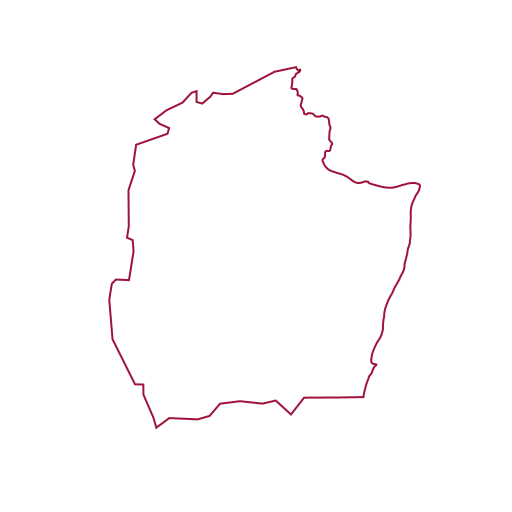 Gavar, Gegharkunik, Armenia (Mercator projection), rotated 16°
{"feature_id": "60910142B38789049969589", "entity_name": "Gavar", "entity_type": "district", "adm_level": 2, "iso_a3": "ARM", "parent_name": "Armenia", "parent_adm1": "Gegharkunik", "projection": "mercator", "projection_center": [45.138, 40.338], "detail": "fine", "context": "isolated", "style": "outline", "palette": "rose", "viewbox_px": 512, "rotation_deg": 16, "n_neighbors": 0, "source": "geoboundaries", "source_scale": "gbopen_adm2", "svg_char_len": 6020}
<svg xmlns="http://www.w3.org/2000/svg" viewBox="0 0 512 512"><g transform="rotate(16 256 256)"><path d="M115.3,228.0L125.5,262.4L127.0,274.0L133.1,274.7L137.0,285.2L139.8,307.9L140.5,314.2L127.9,317.2L125.1,322.2L125.2,322.5L125.2,323.6L126.6,335.1L127.1,338.7L141.0,375.5L175.1,412.7L183.1,410.6L186.0,420.3L202.0,439.7L207.5,448.5L217.3,435.7L245.0,429.1L255.5,422.5L262.1,407.9L280.6,400.0L303.0,396.1L314.8,389.5L333.3,398.7L341.3,378.9L372.9,369.7L398.2,362.0L397.8,359.3L397.5,355.0L397.5,353.7L397.5,352.0L397.4,350.2L397.4,348.8L397.5,346.9L397.7,344.8L397.9,343.0L397.9,341.5L397.9,340.8L398.1,340.1L398.3,339.5L398.9,338.4L399.2,337.4L399.4,336.4L399.7,332.9L399.9,331.8L400.1,330.8L400.3,329.9L400.6,329.3L401.0,328.8L401.2,328.5L401.5,328.1L401.7,327.6L401.7,327.3L401.5,327.1L401.1,327.0L400.2,327.1L398.6,327.3L398.0,327.2L397.3,327.1L396.8,326.8L396.4,326.5L396.0,325.8L395.7,325.2L395.2,323.0L394.9,320.6L394.7,318.7L394.7,316.8L394.9,314.3L395.3,310.5L395.5,309.6L395.7,308.5L395.9,307.4L396.3,305.2L396.5,304.7L397.0,303.4L397.2,302.6L397.7,300.9L397.9,299.8L398.2,297.8L398.3,296.9L398.3,295.2L398.3,293.0L398.2,291.2L398.0,290.2L397.7,289.3L397.1,287.7L396.9,287.0L396.8,286.3L396.7,284.9L396.6,284.4L396.3,283.4L396.2,282.7L396.0,281.4L396.0,279.7L395.9,279.1L395.3,276.6L395.1,275.6L395.0,274.6L394.8,273.5L394.8,272.5L394.7,271.3L394.8,268.9L395.2,263.5L395.3,262.5L395.5,261.4L395.9,259.5L396.4,257.1L396.9,255.4L397.1,254.2L397.4,252.8L397.5,251.5L397.7,250.1L397.7,249.6L398.2,247.2L398.8,244.9L399.8,240.8L400.2,239.1L400.3,238.0L400.4,237.1L400.5,236.4L400.8,234.7L401.1,233.6L401.4,232.3L401.7,230.9L401.8,229.7L401.9,228.4L401.8,226.2L401.7,225.4L401.5,224.7L401.2,223.6L401.0,222.6L400.9,221.4L401.0,219.3L400.9,216.7L400.7,213.2L400.7,211.8L400.3,209.5L400.2,208.5L400.1,207.4L400.1,206.2L400.2,205.4L400.3,202.3L400.3,201.1L399.9,199.3L399.8,198.8L399.6,198.1L399.5,197.3L399.5,196.4L399.1,194.8L399.0,194.1L398.8,193.2L398.6,192.5L397.9,190.1L397.1,188.0L396.7,186.6L396.3,185.4L396.0,184.3L395.4,181.2L394.9,179.4L394.7,178.4L394.5,177.6L394.0,175.5L393.3,173.4L392.9,172.2L392.6,171.1L392.4,170.0L392.1,168.8L391.9,167.5L391.8,166.8L391.8,165.9L391.7,164.4L391.7,163.7L391.7,162.5L391.8,161.5L392.1,159.4L392.4,157.8L392.7,154.9L392.9,154.0L393.2,152.7L393.8,151.1L394.3,149.2L394.4,148.5L394.5,147.8L394.6,146.7L394.5,146.0L394.4,144.6L394.4,143.9L394.3,143.4L394.2,143.1L394.0,142.7L393.6,142.4L393.1,142.2L392.5,142.1L391.3,142.0L390.6,142.0L389.6,142.0L388.6,142.1L386.9,142.5L385.5,143.0L384.4,143.4L383.2,143.9L381.9,144.5L381.1,145.0L379.9,145.9L379.1,146.3L377.3,147.2L375.4,148.6L374.5,149.2L372.0,150.8L369.4,152.2L368.2,152.7L367.3,153.1L366.0,153.4L363.4,154.1L361.8,154.4L359.3,154.7L357.4,154.8L355.4,154.9L348.2,155.0L347.1,154.9L345.3,154.9L344.7,154.8L344.3,154.6L343.9,154.4L343.2,153.6L342.9,153.6L342.7,153.7L342.3,154.0L341.9,154.1L341.1,154.0L340.7,154.1L340.4,154.2L339.8,154.5L338.5,155.5L337.1,156.4L336.5,156.7L335.8,157.1L334.9,157.5L334.1,157.7L333.2,157.8L332.3,157.8L331.3,157.8L330.3,157.7L329.6,157.5L328.8,157.3L328.0,157.0L324.4,155.7L322.0,154.8L320.9,154.5L318.8,154.2L317.7,154.0L315.5,153.8L311.2,153.8L306.1,153.6L305.0,153.5L304.0,153.4L303.4,153.3L301.4,152.7L300.6,152.4L300.0,152.0L299.2,151.6L298.3,151.0L297.5,150.4L296.6,149.5L295.9,148.7L295.2,148.0L293.9,146.4L293.7,146.0L293.5,145.6L293.4,145.1L293.4,144.8L293.6,144.4L294.7,142.8L294.8,142.5L294.8,142.1L294.8,141.2L294.7,140.8L294.5,139.8L294.2,138.6L294.0,137.5L293.9,137.0L294.0,136.5L294.2,136.1L294.4,135.9L294.7,135.7L295.1,135.5L297.0,135.1L297.4,134.9L297.6,134.7L297.9,134.4L298.1,133.8L298.1,133.4L298.0,132.0L297.8,130.8L297.8,129.7L297.9,129.2L298.0,128.8L298.1,128.3L298.3,127.9L298.4,127.5L298.3,127.2L298.2,126.8L297.9,126.5L297.3,126.0L296.4,125.6L295.6,124.8L295.3,124.6L295.0,124.5L294.6,124.3L294.4,123.9L294.1,123.5L293.9,122.9L293.7,121.7L293.3,120.0L293.0,118.6L292.7,117.6L292.5,116.3L292.4,115.7L292.3,115.2L292.3,114.6L292.4,114.2L292.4,113.7L292.5,113.2L292.3,112.4L292.1,111.7L291.8,111.2L291.1,110.5L290.8,110.1L290.4,109.6L290.0,108.9L289.4,107.0L289.1,106.3L288.8,105.9L288.3,104.6L287.8,104.0L287.4,103.7L286.8,103.3L286.3,103.1L285.6,103.0L284.9,103.0L284.4,103.1L283.9,103.2L283.5,103.3L283.2,103.3L282.3,102.8L282.1,102.7L281.7,102.7L281.3,102.7L280.8,102.9L280.4,103.2L279.6,103.9L279.1,104.3L277.2,104.9L275.9,105.2L275.2,105.3L274.4,105.2L274.0,105.0L273.1,104.5L272.7,104.1L272.2,103.9L271.6,103.7L271.0,103.6L270.3,103.6L269.8,103.6L268.8,103.9L268.1,104.1L267.3,104.1L266.8,104.3L266.4,104.6L266.2,104.9L266.1,105.3L265.8,105.6L265.6,105.9L265.2,106.0L264.8,106.1L263.4,106.1L263.1,106.0L262.9,105.8L262.7,105.4L262.6,105.1L262.5,104.6L262.2,104.1L261.9,103.5L261.2,102.7L260.8,102.2L259.9,101.4L259.2,101.0L258.7,100.6L258.3,100.1L257.9,99.6L257.6,99.1L257.4,98.5L257.3,97.9L257.3,96.0L257.4,95.2L257.3,92.8L257.2,91.7L257.0,91.4L256.8,91.2L256.0,90.7L255.4,90.4L254.8,90.3L254.3,90.1L253.8,89.9L253.3,89.9L252.8,89.9L252.0,90.1L251.7,90.0L251.5,89.8L251.3,88.9L251.3,87.6L250.9,86.9L250.6,86.4L249.5,85.0L249.0,84.6L248.5,84.4L248.0,84.5L247.1,84.9L245.1,85.2L244.6,85.2L244.2,85.1L243.8,84.8L243.6,84.5L243.5,84.1L243.5,83.7L243.6,83.0L243.5,82.0L243.3,81.3L243.2,80.8L243.2,80.2L243.1,79.5L242.8,78.2L242.2,76.7L242.1,76.2L242.1,75.8L242.1,75.5L242.3,75.1L242.5,74.7L242.9,74.2L243.7,73.3L243.9,73.0L244.2,72.1L244.1,71.6L244.1,70.7L244.2,70.4L244.3,70.0L245.0,69.1L246.1,68.0L246.6,67.5L246.9,67.1L247.1,66.7L247.2,66.2L247.3,65.4L247.3,65.1L247.2,64.8L247.0,64.7L246.8,64.8L246.7,64.9L246.2,65.8L245.9,66.0L245.7,66.1L245.2,66.0L245.1,65.9L245.0,65.7L244.9,65.6L244.7,65.5L244.1,65.3L243.8,65.1L243.7,64.9L243.4,64.6L242.7,64.0L242.5,63.8L242.4,63.5L223.0,73.8L188.9,106.5L180.0,109.4L169.7,110.9L168.2,115.4L162.3,124.3L156.4,124.3L153.4,113.9L149.0,116.9L143.1,128.8L129.8,140.6L120.9,152.5L126.8,155.5L137.2,157.0L137.2,162.9L110.1,182.1L112.8,202.1L116.1,207.6L115.3,228.0Z" fill="none" stroke="#9f1239" stroke-width="2"/></g></svg>